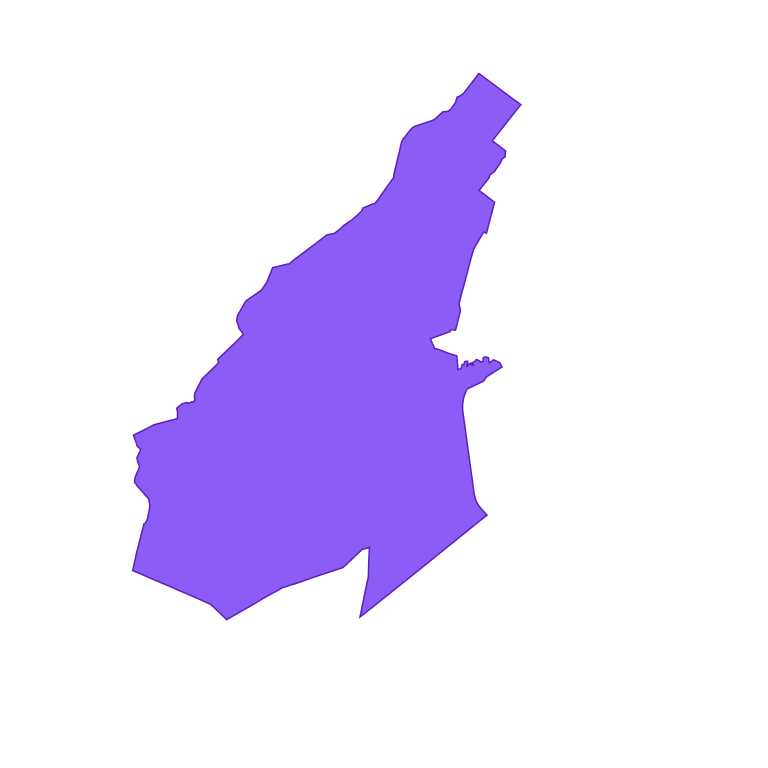 the district of Ilzenes pag., Aluksne, Latvia, rotated 309°
{"feature_id": "27541924B97832131674611", "entity_name": "Ilzenes pag.", "entity_type": "district", "adm_level": 2, "iso_a3": "LVA", "parent_name": "Latvia", "parent_adm1": "Aluksne", "projection": "equal_earth", "projection_center": [26.7, 57.377], "detail": "fine", "context": "isolated", "style": "filled", "palette": "violet", "viewbox_px": 768, "rotation_deg": 309, "n_neighbors": 0, "source": "geoboundaries", "source_scale": "gbopen_adm2", "svg_char_len": 5918}
<svg xmlns="http://www.w3.org/2000/svg" viewBox="0 0 768 768"><g transform="rotate(309 384 384)"><path d="M594.5,355.7L594.8,355.6L594.3,336.1L610.7,335.9L612.0,335.2L612.7,334.9L613.5,334.9L614.5,335.1L617.8,335.9L618.3,336.0L618.9,336.1L619.5,336.1L623.9,335.6L626.0,335.6L626.8,335.6L628.1,335.4L632.7,334.4L634.2,334.4L635.5,334.7L636.8,335.2L637.4,334.7L641.7,331.7L641.6,331.4L641.6,331.2L641.2,315.1L669.6,314.7L677.6,314.6L687.2,314.6L686.7,304.3L685.0,262.3L661.8,262.9L660.4,262.9L659.1,262.7L655.4,261.7L653.4,260.5L652.9,260.3L647.2,262.6L639.8,262.9L636.4,262.2L632.4,258.4L627.5,257.6L624.4,257.2L621.4,256.7L620.5,256.3L618.5,255.3L617.1,254.4L616.2,253.8L609.3,249.4L604.4,246.2L601.2,244.8L600.3,244.7L595.7,244.6L594.4,244.6L590.0,244.7L588.9,244.7L587.3,244.6L584.3,245.1L583.2,245.4L581.9,245.9L577.5,248.1L575.8,248.9L575.2,249.3L568.0,252.6L566.3,253.4L565.0,254.1L564.6,254.2L564.1,254.5L563.5,255.0L563.3,255.1L562.7,255.1L561.7,255.8L561.2,256.0L560.9,256.0L560.7,256.0L560.0,256.5L559.7,256.7L559.2,256.8L559.1,257.0L558.9,257.1L558.6,257.2L558.3,257.2L558.2,257.1L558.0,257.3L557.6,257.6L557.3,257.8L557.1,257.9L556.8,258.0L556.7,258.2L556.4,258.3L556.2,258.5L555.7,258.5L555.2,258.8L554.8,259.0L554.4,259.1L554.3,259.3L554.2,259.4L554.0,259.5L553.2,259.7L552.9,259.9L552.8,260.1L552.6,260.2L552.3,260.3L552.1,260.5L551.8,260.6L551.1,261.3L550.9,261.4L550.8,261.5L532.8,262.6L525.1,263.2L522.7,263.4L518.1,263.2L516.4,261.7L514.9,260.8L513.5,260.1L507.3,256.8L505.2,257.7L503.9,257.7L498.3,257.0L491.6,255.8L489.6,255.3L487.1,254.5L483.6,253.5L482.1,253.0L479.6,252.6L475.4,252.0L474.0,251.7L469.8,250.6L469.5,250.4L464.3,246.0L464.0,245.8L455.1,243.7L453.1,243.1L451.9,242.9L423.3,235.7L422.3,235.6L417.4,234.6L416.7,233.7L404.3,224.2L400.3,225.5L389.2,228.9L379.8,229.7L375.0,228.3L362.1,224.5L360.2,224.6L346.9,226.8L344.9,227.1L344.0,227.7L343.3,228.1L342.5,228.5L341.7,228.9L341.1,229.2L340.6,229.6L339.9,230.4L339.6,231.0L339.3,231.5L339.1,232.0L338.5,233.0L338.2,233.5L337.5,234.5L337.2,234.8L336.6,235.3L336.4,235.8L336.0,236.4L335.6,237.6L335.4,238.5L335.2,239.6L335.1,240.1L335.0,240.6L334.8,241.4L334.7,241.8L334.3,243.0L334.1,243.4L329.2,243.0L321.1,242.2L316.3,241.5L303.8,239.9L298.3,239.3L296.5,242.2L296.2,242.1L286.0,241.0L281.9,240.4L281.6,240.4L273.3,239.4L257.6,242.7L254.2,245.2L252.5,247.1L252.2,247.2L250.8,247.2L247.9,245.1L246.0,244.7L245.8,242.8L245.4,242.4L244.9,241.9L241.3,239.5L234.7,238.1L234.3,238.7L232.5,241.0L227.9,244.6L227.1,245.1L224.5,243.4L221.5,241.1L217.6,238.2L213.4,235.2L210.6,233.1L207.2,230.7L197.0,226.3L186.6,221.4L182.5,228.2L181.7,229.5L180.4,231.4L180.4,231.6L180.2,233.8L180.0,236.1L179.8,236.3L176.0,237.3L172.3,238.1L171.4,238.3L171.0,238.5L169.1,240.9L168.7,241.2L166.9,244.7L166.0,245.7L164.4,246.5L162.4,247.2L158.9,248.1L154.9,249.2L154.0,249.8L150.4,252.2L150.2,254.9L150.1,255.0L149.8,255.3L149.7,255.4L149.6,255.6L149.3,257.3L149.0,259.2L148.5,262.2L147.4,268.2L147.1,270.5L146.8,272.5L146.6,273.3L146.1,273.9L144.4,276.1L142.6,278.2L139.5,280.2L135.9,282.1L132.9,283.7L129.8,285.3L126.6,285.8L125.6,286.0L124.6,286.1L124.2,285.5L109.8,292.1L96.7,298.1L92.4,300.3L81.2,305.9L80.8,306.1L81.2,307.4L82.4,311.4L83.7,316.1L85.0,320.9L89.1,335.3L89.5,336.9L92.3,346.3L95.0,356.5L97.5,364.9L100.7,376.7L103.1,386.1L103.6,387.1L103.6,388.2L103.5,391.7L103.3,393.3L103.1,395.3L102.3,405.3L101.9,410.1L114.7,415.0L119.9,417.0L127.6,420.1L141.4,425.1L156.5,431.2L161.6,433.2L161.8,433.3L165.1,435.5L170.1,438.7L171.6,439.5L171.5,439.8L172.2,440.2L173.9,441.3L178.7,444.4L187.8,449.8L192.5,452.9L198.4,456.6L215.4,467.6L219.1,468.1L220.1,468.3L220.7,468.6L221.0,468.4L227.8,469.3L231.3,469.8L231.6,469.8L235.6,470.3L237.2,470.5L241.4,471.1L247.8,475.5L236.3,484.0L225.4,492.3L224.0,493.3L212.2,499.3L202.2,504.5L196.6,507.4L187.8,512.0L197.0,514.1L212.7,517.6L215.8,518.2L220.4,519.3L239.0,523.3L263.4,528.6L280.5,532.3L286.3,533.5L332.0,543.3L346.9,546.6L347.9,540.1L348.5,536.9L349.2,533.8L350.0,531.5L351.3,528.9L353.0,526.2L355.1,523.6L357.8,520.6L363.2,514.9L370.2,507.4L379.3,497.7L387.4,489.0L400.8,474.8L407.6,467.5L410.5,464.4L413.0,461.8L414.8,460.2L416.2,459.1L417.0,458.4L419.4,456.8L422.3,455.2L424.9,454.0L427.5,453.1L430.5,452.2L432.5,451.6L433.5,452.3L449.1,459.6L453.9,459.2L459.4,460.9L459.8,460.9L460.0,460.9L459.9,461.1L471.5,465.0L473.5,460.6L471.8,453.9L466.8,452.5L469.8,449.0L470.1,448.7L469.9,447.8L469.7,447.5L469.3,446.5L468.8,445.9L468.5,445.4L468.0,445.0L467.6,444.8L467.1,444.7L466.6,444.7L466.1,445.0L465.6,445.3L464.9,446.0L464.5,446.2L464.2,446.3L463.8,446.4L463.4,446.4L463.1,446.3L462.8,446.1L462.5,445.8L462.3,445.2L462.2,444.6L462.1,443.7L462.1,443.4L461.6,443.0L461.4,442.7L461.4,442.3L461.5,442.0L461.7,441.6L461.7,441.4L461.5,440.9L461.2,440.5L461.0,440.3L460.6,440.3L460.1,440.4L459.8,440.4L459.5,440.3L458.5,440.2L456.8,439.7L455.6,439.1L455.1,439.9L455.5,440.3L455.3,441.2L454.7,441.3L454.6,441.0L454.8,440.6L454.6,440.2L454.1,439.6L454.0,439.2L454.7,438.2L452.9,437.8L452.2,437.5L451.8,437.6L451.3,437.8L450.7,437.9L450.0,437.5L450.4,437.3L451.2,437.2L451.5,437.0L451.2,436.3L451.5,435.8L452.3,435.8L453.0,436.0L453.3,435.4L454.3,434.8L454.0,434.1L452.8,433.0L452.1,432.7L451.4,432.9L450.5,433.5L449.9,433.6L449.6,433.6L449.2,433.3L448.6,432.8L448.1,432.6L447.7,432.7L447.0,433.0L446.1,433.5L445.9,433.6L445.7,433.7L445.3,434.0L444.8,434.0L444.2,433.9L443.9,433.8L443.7,433.7L443.1,433.4L442.4,432.8L442.3,432.7L441.8,432.4L451.7,422.8L447.9,413.4L446.7,409.1L445.5,405.5L443.5,400.9L448.3,391.6L466.2,402.3L466.8,402.0L468.0,401.8L468.7,402.5L470.0,404.2L470.4,405.0L470.7,405.7L470.9,405.7L480.7,401.2L489.4,397.1L493.4,391.9L500.5,388.6L505.5,386.2L505.6,386.3L509.8,384.5L514.3,382.5L516.3,381.6L525.8,377.3L527.8,376.4L534.4,373.4L541.2,370.5L545.4,368.8L549.4,368.1L557.5,366.9L564.9,365.8L565.6,368.8L582.5,361.1L594.5,355.7Z" fill="#8b5cf6" stroke="#5b21b6" stroke-width="1.5"/></g></svg>